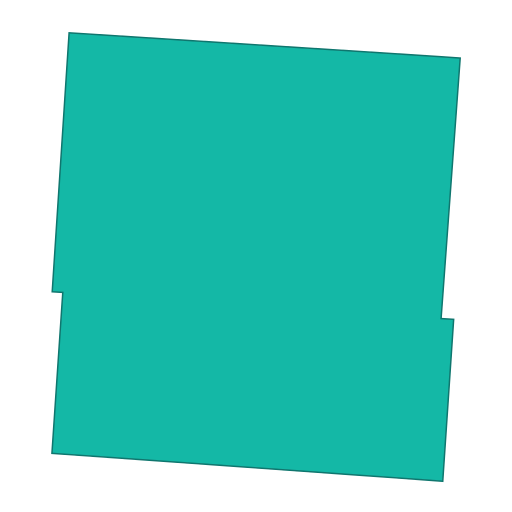 Dawes, Nebraska, United States of America (Albers equal-area conic projection), rotated 184°
{"feature_id": "52423323B29659430043137", "entity_name": "Dawes", "entity_type": "district", "adm_level": 2, "iso_a3": "USA", "parent_name": "United States of America", "parent_adm1": "Nebraska", "projection": "albers", "projection_center": [-103.155, 42.719], "detail": "fine", "context": "isolated", "style": "filled", "palette": "teal", "viewbox_px": 512, "rotation_deg": 184, "n_neighbors": 0, "source": "geoboundaries", "source_scale": "gbopen_adm2", "svg_char_len": 339}
<svg xmlns="http://www.w3.org/2000/svg" viewBox="0 0 512 512"><g transform="rotate(184 256 256)"><path d="M458.0,465.6L456.8,206.1L446.2,206.2L445.8,44.9L331.2,44.8L259.2,44.7L258.5,44.7L144.3,44.5L109.3,44.5L54.0,44.3L54.4,206.6L67.0,206.5L66.1,467.7L85.8,467.7L458.0,465.6Z" fill="#14b8a6" stroke="#0f766e" stroke-width="1.5"/></g></svg>